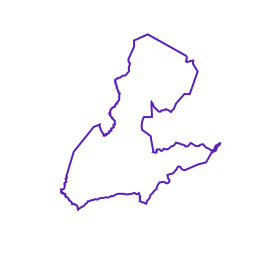 Santa María Peñoles, Oaxaca, Mexico, rotated 334°
{"feature_id": "50627088B61108461233373", "entity_name": "Santa María Peñoles", "entity_type": "district", "adm_level": 2, "iso_a3": "MEX", "parent_name": "Mexico", "parent_adm1": "Oaxaca", "projection": "mercator", "projection_center": [-97.041, 17.056], "detail": "fine", "context": "isolated", "style": "outline", "palette": "violet", "viewbox_px": 256, "rotation_deg": 334, "n_neighbors": 0, "source": "geoboundaries", "source_scale": "gbopen_adm2", "svg_char_len": 5923}
<svg xmlns="http://www.w3.org/2000/svg" viewBox="0 0 256 256"><g transform="rotate(334 128 128)"><path d="M211.7,88.4L186.8,52.5L171.7,52.0L169.3,57.4L158.5,66.4L157.4,69.3L158.2,70.7L157.9,71.5L156.5,72.5L155.0,74.4L154.2,76.6L154.0,77.2L153.6,77.6L152.8,78.0L151.7,78.2L151.2,78.6L150.3,79.0L150.0,79.2L149.2,79.6L147.8,79.4L146.6,78.9L146.1,78.8L145.4,78.9L144.0,79.0L143.2,79.3L142.6,79.2L142.1,79.0L141.2,78.8L140.9,78.8L140.6,79.0L140.3,78.7L139.9,78.8L139.3,78.7L138.7,78.9L138.2,79.2L137.7,79.1L137.3,79.3L137.4,79.8L137.0,80.1L136.9,80.4L137.1,80.8L136.8,81.1L136.8,82.0L136.6,82.2L136.2,82.2L136.3,82.8L136.3,83.6L136.6,84.5L136.0,85.1L135.7,85.6L136.0,86.3L136.0,86.8L135.3,87.4L135.5,88.1L135.4,88.8L135.8,90.1L135.7,90.3L135.4,90.4L135.1,91.0L135.1,91.9L135.4,92.4L135.1,92.7L135.0,93.2L135.5,93.5L134.9,94.0L134.5,94.7L134.4,95.4L133.7,96.0L133.2,97.3L132.9,97.7L132.9,98.1L132.4,98.8L131.8,99.2L131.1,99.3L130.4,100.1L129.6,100.2L129.3,100.6L129.0,100.5L128.6,101.3L127.9,101.1L127.1,101.3L126.8,102.0L126.2,102.3L125.8,102.9L125.5,102.6L124.3,103.0L123.7,102.8L123.4,103.1L122.6,103.0L122.0,103.5L121.3,103.5L120.8,103.7L120.1,104.6L119.5,104.7L118.5,106.6L117.9,106.3L117.6,106.4L117.5,106.9L117.6,107.6L118.2,107.9L117.3,108.7L118.1,111.0L117.8,112.1L117.9,112.4L118.5,112.4L118.6,114.3L119.0,114.9L119.3,116.1L119.0,116.6L117.9,117.9L117.7,118.5L118.0,118.9L117.8,119.2L116.3,118.9L116.0,119.0L115.7,120.0L115.8,120.6L115.6,121.2L114.9,121.1L114.5,121.2L113.8,121.1L112.6,121.1L112.2,121.7L112.3,122.0L112.3,122.6L112.0,123.1L111.7,123.1L111.3,122.8L109.7,122.6L109.3,122.9L109.3,123.8L109.0,124.2L108.5,124.3L107.7,124.1L107.1,124.2L106.2,123.7L106.0,124.0L106.0,124.5L105.9,124.6L105.2,124.8L104.9,124.7L104.7,123.9L104.2,123.9L103.9,124.0L104.2,124.8L103.9,124.9L103.4,124.5L102.6,124.1L103.0,123.3L103.2,123.1L103.3,122.2L102.9,120.9L102.7,118.9L102.9,118.5L102.8,117.3L103.1,115.8L103.0,115.1L103.4,114.2L103.3,113.5L104.1,112.5L97.7,112.0L68.8,125.6L57.2,138.1L53.2,142.6L52.5,143.1L51.4,144.2L51.2,144.6L51.3,144.8L51.6,144.9L51.5,145.6L51.4,145.9L51.0,146.2L49.6,146.3L49.6,146.9L49.0,148.4L49.2,149.2L48.7,149.5L48.1,149.5L47.7,149.8L47.3,149.8L47.1,149.6L46.8,149.8L46.2,150.3L46.1,150.5L46.4,151.6L46.2,151.9L45.7,152.3L45.0,153.4L44.4,154.2L43.8,154.5L43.1,154.6L42.2,154.5L40.8,153.8L40.7,153.9L41.0,154.5L40.9,155.3L40.7,155.7L40.3,155.6L39.7,155.9L39.8,157.1L40.0,157.8L41.1,157.8L41.3,158.0L41.4,158.4L41.2,158.8L41.3,159.1L42.2,159.2L42.6,159.9L42.7,160.5L42.3,160.9L41.8,161.2L41.8,162.9L42.4,162.9L42.9,163.4L43.2,164.0L43.5,165.9L43.6,166.2L43.7,166.7L43.4,167.2L43.5,167.5L44.0,168.3L44.8,170.0L44.6,170.8L44.7,171.0L44.3,171.6L44.4,172.0L44.7,172.2L45.7,172.3L46.3,172.8L46.7,173.7L47.6,174.1L47.9,174.8L48.1,177.0L47.9,177.4L47.7,177.5L47.5,178.3L47.6,178.6L47.3,179.4L52.2,178.6L53.2,178.8L54.1,178.7L54.7,178.2L55.8,178.1L56.5,177.6L58.2,177.4L58.8,177.1L59.7,176.3L61.2,176.8L64.0,176.9L64.8,177.5L65.4,177.5L67.0,177.4L68.1,178.2L68.8,178.6L69.1,178.9L70.0,178.8L72.3,178.8L73.0,179.2L73.8,179.4L75.5,180.1L77.5,180.5L78.7,181.2L79.1,181.6L79.9,181.8L83.0,182.0L83.3,181.8L84.9,182.8L86.0,182.7L87.0,182.4L88.4,182.5L88.8,182.6L89.7,182.6L90.4,183.0L91.1,183.1L94.2,184.8L95.0,184.9L96.5,186.5L97.4,186.8L98.6,187.6L98.9,187.6L99.6,188.0L100.3,187.9L101.0,188.3L101.6,188.4L102.4,188.7L103.7,189.0L104.9,189.0L105.6,189.4L106.5,191.2L107.4,191.4L107.7,191.5L109.3,191.4L109.1,192.0L108.9,192.3L109.0,195.0L108.4,195.4L108.1,195.5L108.2,195.9L108.0,196.2L107.8,196.3L107.7,196.9L107.5,197.2L107.5,198.1L107.0,198.8L106.6,198.9L107.4,199.8L107.7,200.5L108.3,201.2L108.9,201.4L109.7,202.0L110.4,203.4L110.7,203.8L111.1,204.0L111.5,203.8L112.6,202.5L113.5,201.7L115.3,201.2L117.4,199.8L118.9,198.1L120.4,197.5L121.9,197.2L122.8,196.5L124.4,195.9L125.5,195.6L126.8,195.4L128.2,193.7L129.9,192.1L131.0,191.6L132.4,190.9L132.5,190.8L135.1,191.5L136.1,192.0L137.0,192.7L137.5,193.6L137.8,193.7L138.8,194.9L139.3,195.0L140.8,194.7L141.2,194.6L141.6,194.1L142.3,193.5L142.4,192.8L142.0,191.6L142.0,191.0L142.8,187.5L143.9,187.6L148.8,188.5L153.7,186.3L155.1,185.1L155.9,184.8L156.5,184.8L156.7,185.0L157.8,185.5L158.1,186.2L158.1,186.7L157.9,187.0L158.2,187.9L158.6,188.9L159.0,189.5L160.5,190.8L174.5,191.4L183.1,193.1L192.4,186.7L196.8,186.9L200.7,183.5L203.1,183.3L204.2,182.1L203.9,181.9L203.4,181.9L202.2,182.0L201.2,182.4L199.5,182.2L198.2,183.0L197.1,184.3L195.6,185.4L192.9,184.6L191.7,182.2L189.6,179.8L188.2,175.4L186.4,174.9L185.3,174.7L184.5,175.3L183.1,174.9L181.4,174.2L180.8,173.6L178.1,169.2L177.5,168.9L175.8,170.0L174.3,170.4L173.6,170.5L173.0,170.4L171.7,169.9L171.4,169.5L171.3,168.6L170.7,167.6L169.8,166.8L168.8,166.1L166.9,163.9L166.2,163.5L165.7,163.4L164.8,162.2L163.3,163.0L161.2,163.9L159.0,163.5L158.5,163.5L158.1,163.6L156.8,164.2L155.0,164.5L153.9,164.3L153.5,164.4L153.1,164.1L152.9,163.7L152.6,163.6L151.7,162.7L151.2,162.5L150.6,162.4L149.7,163.2L149.2,163.4L147.6,163.0L147.3,162.6L147.3,161.3L146.4,160.6L145.1,160.5L144.9,160.4L144.7,160.0L144.0,160.3L143.7,160.5L143.5,161.0L143.5,161.7L143.5,162.1L142.9,162.4L141.8,162.2L141.3,161.9L140.9,161.5L140.5,160.9L140.0,160.5L140.5,160.3L143.8,148.2L144.9,145.4L139.9,135.8L140.8,132.8L141.3,132.1L141.5,131.4L143.7,128.3L145.1,126.8L146.2,125.9L146.6,125.3L147.1,125.2L147.6,125.3L151.1,127.2L154.5,128.5L159.0,118.0L160.0,116.3L160.2,115.4L160.5,115.0L160.8,116.8L160.6,120.3L161.2,122.3L162.0,123.9L162.6,126.1L162.8,126.5L163.4,127.2L164.1,127.5L164.9,127.5L165.3,127.0L165.6,126.9L167.6,127.5L168.7,128.0L170.2,127.6L170.9,128.3L172.8,130.7L173.3,132.2L173.5,132.4L174.0,132.4L175.3,131.6L177.5,130.9L179.1,129.6L180.0,129.0L180.2,128.6L181.0,127.8L182.3,126.9L193.8,122.1L195.1,123.0L198.3,124.6L215.4,107.8L214.5,98.7L216.3,96.0L214.4,95.4L212.4,95.0L210.5,94.7L210.1,94.8L209.3,93.5L209.9,92.6L210.9,92.0L211.8,90.2L212.0,89.6L211.7,88.4Z" fill="none" stroke="#5b21b6" stroke-width="2"/></g></svg>